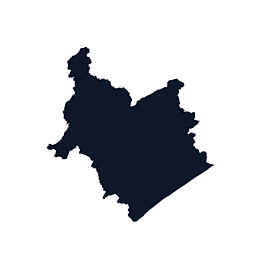 outline of Nosy-Varika, Vatovavy-Fitovinany, Madagascar, rotated 40°
{"feature_id": "10022922B12403701465046", "entity_name": "Nosy-Varika", "entity_type": "district", "adm_level": 2, "iso_a3": "MDG", "parent_name": "Madagascar", "parent_adm1": "Vatovavy-Fitovinany", "projection": "robinson", "projection_center": [48.047, -20.536], "detail": "fine", "context": "isolated", "style": "filled", "palette": "ink", "viewbox_px": 256, "rotation_deg": 40, "n_neighbors": 0, "source": "geoboundaries", "source_scale": "gbopen_adm2", "svg_char_len": 5792}
<svg xmlns="http://www.w3.org/2000/svg" viewBox="0 0 256 256"><g transform="rotate(40 128 128)"><path d="M41.8,117.6L43.1,118.7L43.4,120.1L44.3,121.0L44.9,119.9L45.7,120.2L46.9,119.4L48.3,120.3L48.4,121.8L48.9,121.7L49.0,122.2L48.8,123.2L49.3,124.3L49.1,125.8L50.1,126.6L52.4,124.5L52.6,123.3L54.2,122.3L55.3,123.6L55.3,124.1L54.8,124.7L55.7,125.8L56.4,125.5L56.7,125.8L57.3,124.8L57.8,125.7L58.7,126.0L58.9,126.5L58.7,127.1L59.7,128.5L61.0,129.0L61.8,129.8L60.6,132.1L60.9,132.7L61.5,132.6L62.7,133.5L64.0,133.6L65.0,134.4L65.7,134.5L66.0,136.6L65.2,139.0L66.0,141.5L65.8,143.1L66.4,144.6L65.1,146.6L64.8,148.6L65.1,149.3L65.6,149.3L65.8,151.0L66.9,152.0L66.9,153.5L67.6,154.2L68.8,154.3L68.9,154.8L68.1,156.6L68.2,157.1L71.1,158.7L72.2,160.0L72.3,160.9L73.9,161.3L74.9,160.7L75.6,161.8L77.9,161.7L78.5,163.1L79.2,161.0L80.2,161.1L80.7,161.7L81.1,163.8L83.0,165.0L82.3,166.6L83.5,167.6L82.9,169.4L83.1,170.3L82.9,172.5L84.3,174.3L84.1,177.1L84.9,178.2L84.7,181.2L83.3,187.5L82.3,188.8L82.2,189.7L80.5,190.7L79.7,190.5L78.5,191.2L79.4,192.3L78.8,194.3L79.0,194.7L79.6,194.5L80.4,195.0L80.8,194.1L82.0,194.2L82.9,193.3L82.8,191.8L86.0,190.6L88.3,191.2L89.3,193.6L89.9,194.4L89.9,195.8L90.1,195.5L91.2,196.2L93.2,193.3L94.6,192.9L95.1,191.8L96.1,192.6L97.0,192.3L97.7,193.2L99.2,191.9L100.1,190.3L99.3,189.5L98.6,186.5L97.3,183.4L97.5,182.2L98.7,180.8L98.8,179.2L99.8,177.3L99.9,176.7L99.3,175.1L99.5,174.5L100.4,173.1L101.1,173.1L103.0,173.7L104.0,174.4L105.6,174.7L105.9,175.4L106.5,175.9L106.5,177.2L107.1,178.0L108.2,176.8L108.9,176.9L112.1,175.5L115.0,174.8L117.7,174.4L119.6,175.3L121.3,175.6L121.8,173.6L122.2,173.7L123.0,174.4L124.1,176.7L123.9,177.7L124.4,178.3L124.4,180.2L125.3,180.4L127.1,180.0L126.6,179.0L126.9,178.6L128.2,179.5L128.5,178.1L129.0,177.9L131.4,180.2L132.4,180.8L134.2,181.0L135.3,181.8L136.5,183.3L138.7,184.4L138.8,185.4L139.7,185.0L141.4,187.2L142.5,186.0L143.2,188.1L143.6,188.2L144.1,187.5L144.5,187.5L145.5,188.1L146.1,189.0L147.2,189.5L148.8,189.6L149.4,190.9L149.7,190.9L150.2,190.0L152.9,190.3L153.4,195.6L154.4,197.5L154.8,197.2L154.4,196.1L155.4,194.0L155.9,190.8L157.3,190.8L159.2,187.3L159.9,186.4L161.4,185.7L164.4,185.9L167.1,186.6L167.4,191.0L167.9,191.3L168.4,191.2L169.4,189.9L171.1,189.6L173.3,187.3L175.2,187.3L176.0,185.9L177.3,185.5L179.7,187.3L181.1,187.7L181.4,188.6L180.8,189.9L181.2,190.4L183.6,191.2L184.0,192.0L184.2,194.0L184.5,194.4L186.5,194.9L187.8,194.5L192.0,195.7L193.1,194.8L193.5,193.7L194.0,193.5L194.1,191.8L195.6,185.7L195.5,183.9L196.1,178.5L200.2,158.7L202.5,152.2L205.7,139.6L207.2,135.3L210.3,123.5L214.6,110.1L215.5,105.4L216.7,102.1L212.8,104.0L210.8,104.3L209.3,105.3L209.0,105.0L208.9,104.2L208.5,104.0L208.4,102.6L207.3,101.5L206.7,100.0L205.5,99.5L204.4,97.8L203.1,97.1L201.8,97.5L200.8,98.4L199.9,101.5L199.5,101.8L197.4,101.2L195.5,99.9L193.1,100.9L191.0,100.3L190.9,99.9L189.8,100.3L188.2,100.3L187.9,99.8L188.1,98.8L187.5,98.1L188.1,96.3L187.8,95.8L187.1,95.9L185.9,94.9L185.2,95.2L183.5,94.8L183.9,91.0L183.6,90.1L183.1,89.8L181.6,91.1L180.6,90.8L179.9,91.1L179.2,93.6L178.4,94.5L177.8,95.0L176.6,94.9L176.1,94.1L176.2,93.4L175.9,91.1L174.9,89.9L173.9,89.3L176.0,87.7L177.2,85.4L177.1,84.2L177.5,81.8L178.0,80.8L177.7,77.9L176.8,78.9L176.4,78.5L173.6,79.7L172.2,79.8L171.9,79.2L172.0,77.1L171.3,76.9L170.6,75.6L169.3,74.0L168.8,73.9L168.4,74.1L167.2,77.1L166.4,77.4L165.6,76.7L164.7,76.8L163.8,77.8L162.5,78.2L160.8,80.8L160.3,80.5L159.7,80.8L159.4,79.8L159.0,79.8L159.3,78.9L158.5,79.0L157.5,78.4L157.0,78.6L156.3,79.6L156.0,79.6L155.4,80.6L155.0,80.6L154.2,79.2L153.4,79.3L151.7,78.5L151.1,77.6L151.7,76.9L151.5,76.0L148.7,74.4L148.0,73.2L147.1,73.0L146.0,72.2L144.8,72.3L144.2,71.6L143.7,68.6L141.4,66.2L141.7,64.4L142.2,64.7L142.6,64.3L141.9,61.9L143.1,61.3L143.0,59.4L141.9,58.5L141.0,58.8L140.5,58.5L139.4,58.9L138.3,59.8L137.6,59.7L137.2,60.0L136.5,59.5L134.1,59.5L132.2,62.0L131.6,63.8L130.1,64.4L129.9,64.9L129.5,66.2L129.6,67.7L130.1,68.4L131.0,68.8L131.2,69.8L132.2,70.7L132.3,71.4L131.8,72.4L130.3,73.7L129.9,75.3L128.6,77.3L128.5,78.6L127.0,79.4L126.4,81.5L127.0,81.7L126.9,82.4L126.1,82.2L125.5,82.9L125.5,84.4L124.4,87.6L123.0,90.2L123.1,91.3L122.4,91.7L122.0,92.7L122.0,93.7L120.4,95.6L119.6,97.1L120.1,99.2L119.0,100.1L118.5,102.1L119.0,103.0L119.7,103.3L119.5,104.4L119.7,105.2L119.2,107.0L117.7,109.3L117.8,110.1L117.6,110.3L116.6,110.7L114.2,109.7L114.4,108.7L113.4,107.1L113.0,107.0L112.7,104.9L112.0,103.7L110.9,104.5L110.5,104.2L110.5,103.4L109.7,103.0L108.6,102.8L108.4,103.5L108.0,103.6L107.1,103.0L106.8,102.4L107.1,101.7L106.3,100.8L105.6,100.9L102.4,100.3L101.0,100.5L99.5,100.2L98.7,100.4L97.7,102.9L97.1,103.2L96.2,102.8L94.6,105.0L94.2,106.3L92.9,106.1L92.3,107.3L91.3,107.3L90.9,106.2L89.7,106.6L88.9,107.5L88.5,107.5L87.8,106.7L86.9,106.9L86.6,106.1L84.2,104.4L83.2,105.0L81.5,104.5L80.6,105.9L77.8,106.6L76.7,107.9L76.8,108.7L75.8,110.2L75.2,110.2L74.5,109.2L74.0,109.5L73.6,110.5L71.8,110.4L70.0,109.4L69.6,109.6L69.7,110.1L70.5,110.4L70.7,111.0L70.5,111.8L69.6,112.3L68.7,111.2L68.2,111.1L67.2,111.4L66.7,111.2L66.6,112.2L66.3,112.6L65.2,111.9L64.2,112.4L63.8,111.8L63.3,112.1L63.3,111.4L62.2,112.1L61.8,111.9L61.8,111.2L61.1,110.4L61.0,109.5L60.0,108.3L60.1,107.1L59.6,106.7L58.6,107.3L57.0,105.7L56.1,105.3L56.7,103.1L57.4,102.4L57.2,101.3L56.2,101.2L55.7,100.2L54.7,100.3L54.0,99.9L53.6,100.2L53.2,99.4L50.8,100.4L49.4,100.0L47.9,97.7L49.1,95.4L49.0,94.5L47.7,93.8L47.2,93.1L46.0,93.9L44.5,93.3L43.7,93.9L43.3,95.6L41.9,96.7L41.2,98.0L41.3,98.4L41.9,98.6L41.8,100.7L42.3,102.2L41.7,103.2L42.2,104.3L41.7,104.6L41.8,105.7L41.0,106.4L40.7,108.0L39.6,108.9L40.5,110.2L40.1,110.5L40.3,111.4L39.5,111.3L39.5,111.9L40.0,112.1L40.0,112.5L39.3,115.5L39.8,116.3L40.6,116.3L40.8,116.7L41.7,116.2L42.0,116.6L41.8,117.6Z" fill="#0f172a" stroke="#020617" stroke-width="1.5"/></g></svg>